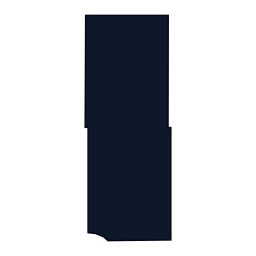 the district of Hyde, South Dakota, United States of America
{"feature_id": "52423323B29603779498956", "entity_name": "Hyde", "entity_type": "district", "adm_level": 2, "iso_a3": "USA", "parent_name": "United States of America", "parent_adm1": "South Dakota", "projection": "mercator", "projection_center": [-99.535, 44.545], "detail": "fine", "context": "isolated", "style": "filled", "palette": "ink", "viewbox_px": 256, "rotation_deg": 0, "n_neighbors": 0, "source": "geoboundaries", "source_scale": "gbopen_adm2", "svg_char_len": 278}
<svg xmlns="http://www.w3.org/2000/svg" viewBox="0 0 256 256"><path d="M85.7,15.4L85.2,127.3L88.1,127.3L88.1,232.7L95.2,233.3L103.9,236.9L107.9,240.6L170.8,239.9L170.8,127.6L168.0,127.5L168.2,15.4L108.8,15.4L85.7,15.4Z" fill="#0f172a" stroke="#020617" stroke-width="1.5"/></svg>